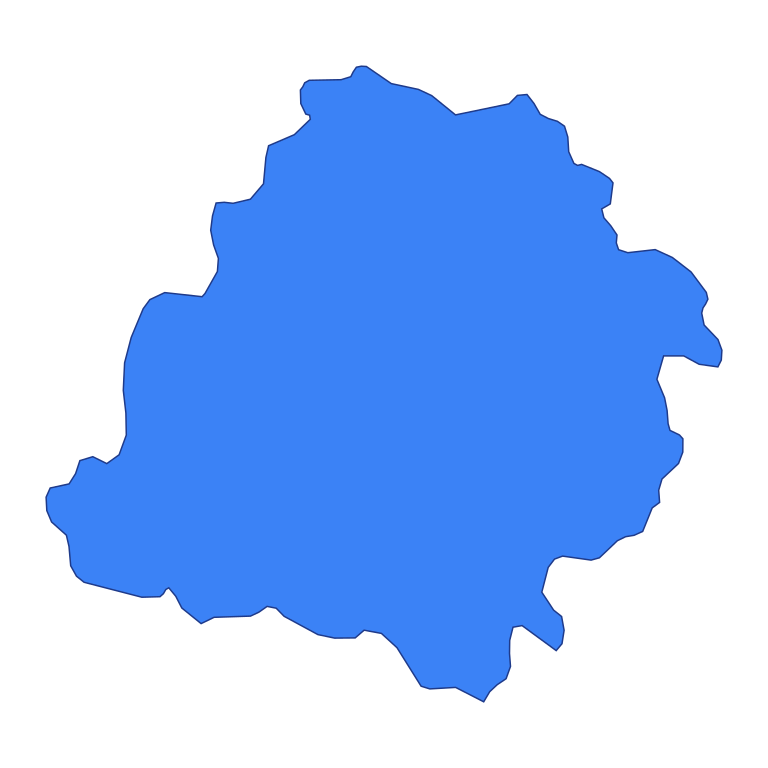 Łódź, Mercator projection
{"feature_id": "POL-3147", "entity_name": "Łódź", "entity_type": "Voivodeship", "adm_level": 1, "iso_a3": "POL", "parent_name": "Poland", "parent_adm1": "", "projection": "mercator", "projection_center": [19.498, 51.569], "detail": "fine", "context": "isolated", "style": "filled", "palette": "blue", "viewbox_px": 768, "rotation_deg": 0, "n_neighbors": 0, "source": "natural_earth", "source_scale": "10m", "svg_char_len": 1987}
<svg xmlns="http://www.w3.org/2000/svg" viewBox="0 0 768 768"><path d="M366.4,66.5L391.3,83.6L418.4,89.4L431.7,95.6L455.5,114.9L509.1,103.8L517.4,95.4L527.0,94.5L534.0,103.5L540.2,114.3L548.3,118.5L557.4,121.3L564.5,126.2L567.8,137.0L568.7,151.7L573.9,163.4L577.6,165.4L581.6,164.4L599.4,171.6L609.5,178.4L613.0,182.9L610.3,203.9L601.7,208.9L603.9,217.8L610.8,225.8L617.0,235.0L616.3,242.9L618.6,249.7L627.8,252.7L655.2,249.6L672.4,257.5L691.1,272.0L706.3,292.4L707.9,299.2L705.6,304.0L703.0,307.9L701.7,313.1L704.1,325.0L718.0,339.6L721.9,350.2L721.3,360.1L717.9,366.9L699.2,364.3L683.7,355.9L663.6,355.9L656.9,379.3L664.6,397.8L667.1,410.5L668.1,423.7L670.0,430.4L679.5,435.0L682.9,438.8L682.8,452.1L678.5,463.5L662.0,479.0L658.7,490.2L659.6,502.4L652.2,507.9L642.7,531.4L634.1,535.3L625.6,536.7L617.4,540.7L599.4,557.8L591.1,560.1L562.6,556.1L554.5,559.1L548.2,567.4L541.8,592.2L553.6,610.1L561.6,616.5L564.1,630.3L562.0,643.7L556.2,650.6L522.1,625.6L513.0,627.2L509.7,640.4L509.5,653.5L510.5,666.4L506.1,678.7L497.2,684.7L489.7,691.7L483.7,701.8L455.6,687.4L429.8,688.9L421.1,686.2L397.0,647.7L381.4,633.4L364.1,630.2L355.2,637.9L334.6,638.1L317.9,634.6L284.1,616.3L276.2,608.2L267.1,606.4L259.0,612.1L250.5,616.1L214.1,617.3L201.1,623.6L181.8,608.0L175.8,596.3L168.8,587.8L165.8,589.5L163.4,593.7L160.0,596.7L141.8,597.2L84.1,582.3L76.5,576.2L70.7,565.8L69.0,546.5L66.4,535.2L51.6,522.0L46.8,510.6L46.1,497.2L50.2,488.0L69.1,483.9L75.6,473.6L79.9,460.6L92.8,456.7L106.8,463.6L119.1,454.8L126.3,435.1L125.9,413.1L123.3,390.4L124.6,362.8L131.2,337.5L143.2,308.7L149.9,299.6L164.7,292.6L202.1,296.7L205.0,293.5L217.4,271.5L218.4,258.4L213.6,244.9L210.7,230.2L212.5,215.9L216.1,203.0L224.2,202.3L233.1,203.3L250.4,199.2L263.5,183.8L265.9,157.5L268.6,145.7L294.3,134.7L310.3,119.3L309.6,115.2L305.8,114.1L300.8,103.6L300.4,90.0L302.8,86.8L304.7,82.8L309.2,80.3L341.1,79.7L350.8,76.7L353.2,71.9L356.4,67.2L361.3,66.2L366.4,66.5Z" fill="#3b82f6" stroke="#1e3a8a" stroke-width="1.5"/></svg>